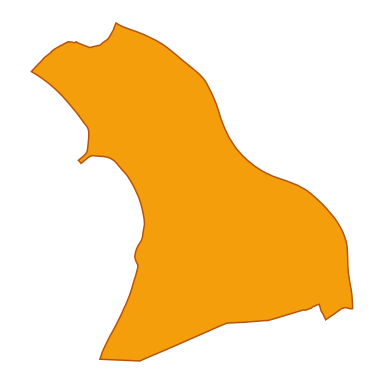 the district of Hattem, Gelderland, Netherlands
{"feature_id": "6326949B74620777468908", "entity_name": "Hattem", "entity_type": "district", "adm_level": 2, "iso_a3": "NLD", "parent_name": "Netherlands", "parent_adm1": "Gelderland", "projection": "mercator", "projection_center": [6.046, 52.477], "detail": "fine", "context": "isolated", "style": "filled", "palette": "amber", "viewbox_px": 384, "rotation_deg": 0, "n_neighbors": 0, "source": "geoboundaries", "source_scale": "gbopen_adm2", "svg_char_len": 5752}
<svg xmlns="http://www.w3.org/2000/svg" viewBox="0 0 384 384"><path d="M31.4,71.6L31.7,71.8L33.6,72.9L35.1,73.8L36.1,74.4L37.2,75.1L39.1,76.4L42.2,78.5L44.9,80.5L45.9,81.2L46.5,81.7L47.1,82.1L50.2,84.6L53.6,87.6L56.2,90.0L57.9,91.5L59.6,93.2L60.5,94.2L62.5,96.2L63.4,97.2L64.1,98.0L66.6,100.8L67.5,101.9L75.0,110.8L79.0,115.8L78.9,115.9L80.7,118.3L84.6,123.6L87.2,126.9L88.2,129.1L88.3,129.6L88.7,131.6L88.7,133.2L88.7,136.2L88.6,138.5L88.3,142.4L88.2,143.3L87.7,147.7L87.4,150.1L86.8,152.1L85.5,154.2L83.8,155.8L82.1,157.3L78.4,160.3L79.1,161.0L81.1,163.4L82.5,162.3L83.6,161.3L85.5,159.7L86.5,158.9L88.2,157.5L90.2,156.3L91.4,155.9L92.8,155.7L93.7,155.7L94.9,155.8L96.9,156.0L99.0,156.2L101.6,156.4L103.3,156.5L105.1,156.8L105.8,156.9L107.0,157.1L107.6,157.3L108.2,157.5L108.8,157.7L109.3,157.9L110.0,158.2L110.5,158.4L111.2,158.7L111.4,158.9L112.7,159.7L114.6,161.1L115.3,161.8L116.2,162.7L119.4,166.6L122.2,169.9L122.6,170.4L123.6,171.4L125.1,173.2L126.6,174.9L127.9,176.6L129.9,179.8L130.3,180.4L131.7,182.9L132.1,183.6L132.5,184.3L134.4,187.8L135.7,190.6L136.8,193.1L137.1,193.7L138.4,196.5L139.7,200.3L139.9,200.7L141.2,205.0L142.3,209.4L143.2,213.9L143.6,216.1L144.0,218.2L144.0,218.4L144.1,218.5L144.4,222.9L144.4,224.8L144.4,225.1L144.0,227.4L143.4,230.5L143.3,231.1L143.1,232.3L142.9,234.0L142.7,235.4L142.5,236.9L141.3,240.7L140.0,242.7L138.0,245.8L137.3,247.4L136.7,248.7L136.0,250.6L135.5,252.6L135.3,253.6L135.0,255.1L134.8,256.6L134.8,257.1L135.8,260.8L137.2,263.8L137.8,264.9L137.8,265.1L137.8,267.3L137.4,269.1L136.2,273.7L135.8,275.2L134.8,278.3L133.4,282.9L131.5,289.4L129.8,294.6L129.0,296.7L125.9,304.3L124.8,306.5L123.9,308.6L122.8,310.9L122.4,312.0L121.0,315.0L118.2,320.7L116.4,324.2L113.1,330.5L110.3,335.5L108.7,338.6L105.0,346.0L103.6,349.0L101.9,353.1L101.5,354.4L101.3,355.3L99.8,359.2L103.5,359.4L120.3,360.1L124.7,360.3L136.0,360.8L139.7,361.0L147.9,357.4L166.9,349.3L175.9,345.4L191.8,338.4L213.5,328.8L220.4,325.8L226.9,323.1L239.1,322.5L243.6,322.3L250.2,321.8L251.4,321.7L253.5,321.5L260.7,320.9L263.1,320.7L267.7,320.5L267.9,320.5L272.3,319.3L274.0,318.8L275.2,318.5L281.6,316.5L283.0,316.0L283.8,315.8L284.6,315.6L285.7,315.2L286.6,315.0L287.0,314.9L298.1,311.5L303.4,310.0L303.6,309.9L303.8,309.9L305.1,310.2L306.0,310.0L311.2,308.1L311.4,308.0L312.5,307.0L312.6,306.9L313.1,306.7L317.3,304.8L318.1,304.8L319.2,304.3L320.1,307.2L320.7,309.5L320.8,310.0L321.2,311.0L323.4,314.8L325.7,319.8L326.5,319.2L332.1,315.3L332.4,315.2L334.5,313.8L335.6,312.9L338.5,310.8L341.7,308.6L343.9,307.9L345.5,307.5L348.0,308.2L350.1,308.7L351.0,308.7L352.6,308.7L352.6,306.5L352.5,305.0L352.5,303.2L352.3,300.6L352.2,299.7L352.0,296.0L351.8,294.1L351.4,291.2L351.2,289.9L350.6,286.4L350.3,284.7L349.9,283.1L349.6,281.1L349.2,278.5L348.6,274.3L348.3,271.9L347.9,266.7L347.8,263.4L347.7,260.6L347.6,256.3L347.5,252.8L347.4,250.6L347.3,249.1L347.2,248.5L347.1,247.0L346.8,245.1L346.6,243.9L346.3,242.3L345.8,240.4L345.3,238.8L344.6,236.6L343.7,234.3L343.5,233.7L343.2,232.8L342.7,231.9L342.1,230.5L341.2,228.8L340.8,228.1L339.9,226.5L339.4,225.6L338.9,224.8L338.2,223.6L337.3,222.2L336.1,220.3L335.0,218.7L333.7,217.1L332.6,215.7L331.3,214.2L330.1,212.8L329.3,211.9L328.3,210.7L327.8,210.0L327.2,209.3L326.8,208.9L325.5,207.4L323.5,205.3L323.3,205.0L321.5,203.3L319.6,201.5L317.5,199.5L316.5,198.6L315.2,197.4L314.1,196.5L312.9,195.4L311.9,194.5L311.7,194.3L311.4,194.1L311.2,194.0L310.1,193.0L309.3,192.5L308.0,191.4L306.2,190.2L304.5,189.1L303.4,188.5L300.3,186.8L297.7,185.3L292.7,183.4L291.1,182.7L285.3,180.5L280.2,178.8L278.4,178.2L276.7,177.6L276.1,177.4L273.5,176.4L273.0,176.3L270.5,175.1L269.1,174.5L267.8,173.9L266.6,173.3L265.0,172.5L263.7,171.8L262.3,171.0L260.9,170.2L259.4,169.2L257.5,168.0L256.2,167.2L254.4,165.9L253.2,165.0L252.2,164.2L249.5,161.9L248.3,161.0L246.7,159.6L242.8,155.9L241.9,155.0L240.2,153.0L239.7,152.5L237.3,149.7L236.0,148.0L235.4,147.3L234.6,146.1L233.9,145.0L232.7,143.2L232.3,142.7L232.0,142.1L231.8,141.8L231.3,141.0L231.0,140.6L230.8,140.2L230.5,139.7L230.2,139.3L228.8,136.9L228.4,136.1L228.2,135.8L227.6,134.5L227.2,133.7L226.5,132.2L225.2,129.4L224.5,127.8L223.2,124.7L222.6,123.2L222.2,122.0L221.4,120.1L220.0,115.7L218.6,111.0L218.3,110.2L216.5,104.7L215.7,102.6L214.2,99.1L214.0,98.6L213.2,96.7L211.5,92.9L211.2,92.4L208.4,86.8L206.8,83.7L204.8,80.4L203.4,78.7L202.5,77.6L199.8,74.7L199.0,74.0L196.1,71.4L195.1,70.5L193.7,69.4L189.1,65.6L183.9,61.4L181.4,59.4L177.6,56.1L173.3,52.5L170.2,50.0L169.5,49.5L167.8,48.1L166.1,46.8L163.7,45.1L161.5,43.6L159.7,42.6L155.6,40.2L153.3,39.1L151.4,38.2L149.4,37.2L148.1,36.6L143.5,34.4L138.4,32.4L134.4,30.9L130.4,29.6L129.1,29.1L127.3,28.4L123.8,27.0L121.3,26.0L119.7,25.2L118.3,24.4L117.1,23.6L116.0,23.0L115.3,24.7L113.6,29.1L113.3,30.1L112.9,30.7L112.6,31.3L110.2,35.5L109.7,36.4L109.6,36.6L108.2,38.6L107.9,39.0L107.6,39.3L104.7,41.4L102.5,42.9L102.3,43.1L101.4,44.0L101.0,44.4L100.8,44.6L100.6,44.8L100.4,45.0L100.1,45.1L97.5,45.7L93.1,46.7L89.4,47.6L89.1,47.4L88.8,47.2L88.7,47.2L88.3,47.0L88.0,46.9L85.3,45.8L84.1,45.4L83.8,45.3L81.6,44.4L80.1,43.8L79.0,43.3L78.6,43.2L77.8,42.8L77.1,42.5L76.7,42.2L76.2,41.8L76.0,41.7L75.0,42.5L74.6,42.6L74.4,42.7L74.1,42.7L73.7,42.6L73.0,42.4L71.5,42.1L69.2,41.8L68.8,41.8L68.6,41.8L68.2,41.8L67.6,41.9L67.6,42.0L66.7,42.6L65.1,43.3L64.9,43.3L63.9,43.9L61.9,45.2L61.6,45.4L61.1,45.6L60.5,45.5L60.4,45.7L59.3,46.3L59.0,46.6L57.5,47.4L56.8,47.8L56.3,48.1L56.0,48.3L55.7,48.4L55.1,48.8L54.4,49.2L54.2,49.4L53.5,49.9L52.7,50.5L51.6,51.4L51.4,51.6L51.2,51.7L51.2,52.3L48.3,54.5L46.4,56.0L45.6,56.7L44.4,57.7L43.8,58.3L42.9,59.3L42.6,59.7L41.0,61.4L40.7,61.8L39.6,62.8L35.8,66.8L35.2,67.4L34.6,68.1L33.3,69.4L33.0,69.8L31.7,71.2L31.5,71.5L31.4,71.6Z" fill="#f59e0b" stroke="#b45309" stroke-width="1.5"/></svg>